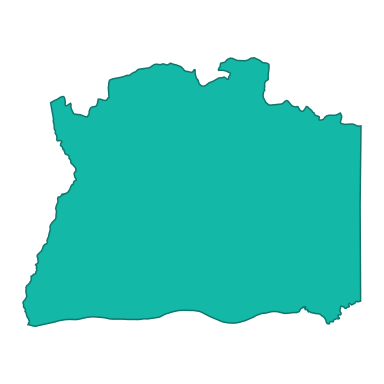 the district of Samraong, Otdar Mean Chey, Cambodia
{"feature_id": "14789045B40170771357914", "entity_name": "Samraong", "entity_type": "district", "adm_level": 2, "iso_a3": "KHM", "parent_name": "Cambodia", "parent_adm1": "Otdar Mean Chey", "projection": "orthographic", "projection_center": [103.581, 14.269], "detail": "fine", "context": "isolated", "style": "filled", "palette": "teal", "viewbox_px": 384, "rotation_deg": 0, "n_neighbors": 0, "source": "geoboundaries", "source_scale": "gbopen_adm2", "svg_char_len": 5815}
<svg xmlns="http://www.w3.org/2000/svg" viewBox="0 0 384 384"><path d="M361.0,125.9L358.8,126.1L356.9,125.9L354.7,124.7L352.9,124.1L351.8,124.0L344.8,124.4L341.7,123.7L340.7,123.2L340.4,122.1L341.5,117.9L341.7,116.7L341.6,115.7L341.1,115.0L340.7,113.4L340.2,113.0L336.8,114.8L334.7,115.3L329.2,115.2L326.9,115.8L325.0,117.1L324.4,118.2L323.2,119.4L321.0,120.1L319.3,120.0L318.9,119.4L319.4,117.2L319.1,116.7L316.6,115.7L315.7,115.5L315.0,115.1L313.8,112.7L312.5,112.1L312.2,111.2L310.9,109.8L308.8,108.2L307.8,107.0L307.4,106.7L306.6,106.5L305.9,107.1L305.3,108.4L303.4,110.9L302.2,111.4L301.5,111.2L299.9,110.2L297.8,106.6L297.0,106.6L295.6,107.0L292.6,106.2L291.3,105.1L288.6,101.8L287.7,100.9L286.7,100.5L285.0,101.3L282.8,103.4L281.5,104.0L270.8,105.1L269.3,105.0L268.2,104.5L265.6,102.1L263.4,97.6L263.0,95.7L263.6,91.8L264.7,90.4L264.4,88.6L264.8,86.3L264.5,84.6L265.0,82.3L265.6,81.3L267.3,80.3L268.2,79.5L268.1,75.4L269.0,67.9L269.0,65.0L268.8,64.4L268.0,63.7L266.5,63.1L263.0,62.7L262.1,62.2L260.0,60.5L254.3,57.8L251.0,58.2L247.4,60.3L246.6,60.5L244.3,60.7L237.3,60.5L232.1,58.3L230.5,58.2L229.0,58.6L227.8,59.2L226.7,60.1L225.0,62.2L220.9,63.1L220.4,63.9L220.2,66.3L218.9,68.3L218.4,69.5L218.6,70.3L222.9,70.3L225.7,70.9L229.4,72.6L230.1,73.1L230.4,73.9L229.5,75.8L228.7,77.0L228.3,79.0L227.8,79.4L227.4,79.3L224.7,77.3L224.0,77.0L223.2,77.5L218.8,78.0L213.4,81.1L208.9,82.9L205.9,85.4L204.8,85.9L203.3,86.2L202.0,86.0L200.5,85.2L198.8,83.0L198.4,81.1L197.9,79.9L196.3,78.0L195.9,76.7L195.1,73.3L195.2,70.9L194.9,69.7L194.3,69.7L193.8,70.1L192.7,71.9L191.8,72.3L190.2,72.1L187.2,71.4L185.5,71.2L184.4,70.5L183.4,69.2L180.8,66.6L175.9,64.8L174.1,64.5L170.5,63.2L168.1,64.7L167.2,65.0L166.1,64.8L164.2,64.1L162.6,63.9L160.5,64.7L156.5,64.2L154.9,64.4L153.7,64.9L150.0,67.4L148.6,67.9L139.0,69.2L137.8,69.7L135.4,71.9L134.3,72.2L133.0,72.8L130.6,74.4L129.3,75.5L127.1,75.3L123.6,76.6L120.5,77.4L113.0,78.8L110.0,79.9L109.2,81.2L108.7,83.6L108.6,86.8L108.3,87.3L109.0,97.3L107.8,98.2L106.9,99.8L106.2,100.3L105.5,100.4L103.6,100.3L100.5,99.2L99.7,99.3L98.3,99.1L97.2,104.3L96.5,105.5L96.1,106.0L95.4,106.4L92.2,107.0L91.2,107.4L90.4,108.2L89.6,110.0L89.1,111.8L89.1,114.0L87.5,116.5L86.9,117.0L85.1,116.6L80.5,114.8L74.4,114.1L73.5,113.4L71.5,109.3L70.9,107.4L71.0,104.2L70.5,103.3L67.1,105.5L66.0,105.8L65.5,105.7L65.1,104.5L65.3,101.6L64.5,97.8L63.8,96.8L62.9,96.5L62.2,96.6L60.1,97.4L56.9,99.5L54.3,100.6L50.6,102.7L53.5,119.1L53.2,121.4L54.2,125.2L54.2,128.3L54.7,130.0L55.2,130.4L55.5,131.5L55.2,133.3L56.3,134.8L56.9,136.6L56.9,138.9L56.7,139.8L57.3,140.7L57.9,140.9L60.2,140.5L61.1,140.9L61.5,141.3L61.9,142.2L60.8,143.2L60.5,145.5L62.4,147.1L63.0,149.5L63.9,149.7L64.2,151.2L64.8,152.4L65.0,153.6L66.3,154.6L67.5,154.8L68.4,155.4L69.0,156.4L69.1,158.6L69.9,159.2L70.6,160.2L70.9,162.9L71.4,163.6L72.7,164.5L73.5,165.6L74.5,166.5L75.9,168.6L75.8,171.3L74.6,172.3L74.2,173.2L74.2,174.6L75.0,177.4L76.1,178.9L76.2,179.5L76.2,179.9L74.2,181.2L73.6,182.2L73.2,184.3L71.7,185.0L71.0,186.2L69.7,189.6L68.6,191.1L68.0,192.2L65.5,193.7L64.2,193.7L63.8,194.3L63.1,194.6L62.8,194.1L62.3,194.0L61.1,195.8L59.9,197.0L58.3,197.0L58.0,197.4L57.6,198.9L58.0,201.3L57.9,202.2L56.5,205.3L55.7,208.4L56.5,211.4L56.0,215.4L56.0,217.4L55.8,218.4L55.2,219.4L52.0,222.7L50.4,225.3L50.0,226.6L50.0,227.5L50.3,228.6L50.3,229.3L48.9,234.6L48.7,236.5L47.7,238.4L47.0,240.5L47.4,242.5L46.9,243.5L44.6,244.6L44.1,245.2L43.3,246.2L42.4,249.1L41.1,251.4L40.2,252.1L38.2,254.2L37.6,254.6L37.2,255.7L37.2,256.5L37.7,258.1L38.2,261.5L38.0,262.7L37.1,263.8L35.9,264.3L35.5,264.9L36.3,265.7L36.8,266.8L36.3,268.0L36.8,269.6L36.7,270.4L35.9,271.9L35.7,273.2L35.3,273.8L33.4,274.5L32.6,275.5L31.1,276.3L31.2,279.4L30.9,281.1L30.0,282.0L30.1,282.6L29.9,282.9L28.6,284.0L28.0,284.8L26.9,285.5L26.2,287.0L25.9,287.8L26.2,289.3L25.9,290.5L26.0,292.1L26.8,296.4L25.4,299.2L23.3,301.7L23.0,302.8L23.5,304.3L23.6,307.0L24.5,308.3L25.3,309.1L25.5,309.6L25.0,311.5L25.9,312.3L26.8,316.0L27.4,317.0L27.4,317.6L27.9,317.9L28.6,319.0L28.7,319.9L29.5,320.9L29.0,322.5L28.5,323.0L28.8,323.5L28.0,324.7L29.5,324.9L33.8,326.1L36.0,326.2L38.1,325.6L54.7,322.0L58.6,320.8L61.9,320.2L65.6,319.6L69.9,319.4L75.5,319.6L78.5,319.3L87.7,317.2L91.2,316.9L93.5,316.8L102.9,317.5L106.4,318.1L109.2,318.8L112.2,319.1L122.5,319.1L126.2,319.4L137.7,319.5L139.8,319.4L144.1,318.8L147.7,318.9L158.7,317.3L160.4,316.7L164.0,314.7L165.9,313.9L172.0,312.0L175.7,311.1L178.8,310.5L183.6,310.3L194.1,310.5L199.1,311.3L201.4,312.1L210.3,316.7L221.8,321.5L223.4,322.0L227.7,322.8L232.3,323.1L235.6,323.0L238.9,322.4L245.0,320.7L253.5,317.1L255.7,315.7L257.7,314.9L261.9,313.4L265.7,313.1L271.4,311.7L273.5,311.5L277.1,311.6L284.4,313.4L287.1,313.3L294.4,312.5L296.3,312.7L297.4,312.1L298.7,311.9L299.8,310.8L300.1,309.6L300.5,309.0L301.8,308.1L302.9,307.8L303.2,307.5L303.1,306.9L304.3,307.0L305.4,306.7L305.7,307.3L305.2,307.9L304.8,308.0L304.8,308.6L305.3,308.9L305.3,309.6L307.0,309.5L307.6,310.6L308.0,310.5L308.0,311.3L308.4,311.9L309.3,311.5L310.9,312.5L316.0,313.6L319.4,313.9L320.7,314.7L322.0,315.9L323.6,316.9L324.6,317.9L325.6,319.7L326.0,320.7L326.6,322.9L327.8,323.8L329.5,323.7L329.6,322.4L330.1,321.7L331.9,321.6L332.5,321.9L333.3,321.6L333.4,320.6L334.0,319.8L335.5,319.1L336.0,318.6L337.9,318.9L338.9,318.8L339.3,318.4L339.3,317.8L338.3,316.8L338.0,315.9L338.3,314.9L338.9,314.8L339.9,315.0L340.5,314.8L340.9,314.5L341.0,313.9L341.0,312.9L340.0,311.3L340.0,310.1L340.1,309.0L340.5,308.2L340.5,306.6L340.8,306.3L341.3,306.1L342.9,306.7L343.8,306.8L344.4,307.8L345.4,308.4L346.2,308.2L346.8,307.6L347.8,307.1L348.9,306.9L349.3,306.5L349.4,306.0L348.9,305.4L348.6,304.3L348.9,303.8L349.5,303.4L351.7,304.9L354.9,303.2L355.5,302.1L356.1,301.6L356.7,301.4L358.1,301.8L360.6,301.1L360.1,205.2L361.0,125.9Z" fill="#14b8a6" stroke="#0f766e" stroke-width="1.5"/></svg>